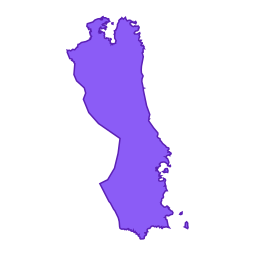 the district of Zambales, Zambales, Philippines, rotated 182°
{"feature_id": "2640588B17055181338626", "entity_name": "Zambales", "entity_type": "district", "adm_level": 2, "iso_a3": "PHL", "parent_name": "Philippines", "parent_adm1": "Zambales", "projection": "mercator", "projection_center": [120.051, 15.306], "detail": "fine", "context": "isolated", "style": "filled", "palette": "violet", "viewbox_px": 256, "rotation_deg": 182, "n_neighbors": 0, "source": "geoboundaries", "source_scale": "gbopen_adm2", "svg_char_len": 5785}
<svg xmlns="http://www.w3.org/2000/svg" viewBox="0 0 256 256"><g transform="rotate(182 128 128)"><path d="M191.2,202.9L191.4,201.6L188.6,195.3L186.5,195.0L186.0,194.2L186.6,193.6L184.2,192.3L184.3,191.4L183.4,190.6L183.9,179.5L181.0,173.3L173.1,166.6L171.5,161.4L173.6,155.2L167.7,142.0L157.6,131.4L135.6,117.3L137.0,102.4L140.1,87.3L146.5,75.6L154.2,71.4L144.5,54.0L143.0,52.4L139.6,46.5L138.0,44.5L134.6,38.0L133.5,34.2L132.9,28.9L132.4,27.4L130.9,26.7L128.4,26.9L127.6,26.3L126.5,26.8L125.8,26.3L124.4,27.5L123.7,27.2L123.7,26.2L121.5,26.2L121.7,25.5L120.8,25.0L119.1,25.0L119.0,25.6L118.3,23.9L117.3,23.8L117.1,24.4L116.6,23.6L116.0,23.6L116.0,22.3L115.1,22.5L114.2,21.3L113.4,21.7L113.8,20.5L112.2,19.3L112.1,17.9L111.5,17.5L108.7,17.8L108.0,18.2L107.8,20.4L106.1,21.6L105.8,22.9L107.1,23.2L107.4,23.9L105.6,24.1L105.5,24.9L104.6,25.1L105.4,26.6L105.2,27.3L104.3,28.2L102.7,28.4L101.3,30.5L99.6,31.0L97.9,30.2L96.8,30.7L95.9,29.9L95.1,30.8L93.8,31.1L92.9,29.5L90.9,30.6L90.8,29.1L90.4,28.8L89.0,30.3L87.9,30.1L86.5,30.6L83.2,29.8L84.5,31.5L85.9,37.6L86.9,37.9L87.2,39.7L88.0,39.9L87.5,40.2L87.5,41.2L86.6,42.0L86.8,42.5L86.2,41.8L85.2,42.1L84.9,41.6L84.1,41.7L82.3,42.9L80.6,43.3L80.1,44.9L81.0,46.4L82.3,46.8L83.6,48.1L84.8,50.0L84.2,48.6L84.5,48.5L85.3,50.2L84.7,50.2L85.9,51.3L86.6,51.3L87.6,50.3L89.1,50.2L92.2,52.9L92.6,53.9L92.2,53.8L92.5,55.2L91.8,56.5L91.9,58.1L91.5,58.9L90.6,59.2L90.1,60.3L90.6,62.1L90.4,63.2L88.4,66.5L86.6,66.7L87.9,69.0L88.1,71.2L89.5,71.2L89.1,71.7L88.4,71.6L89.3,75.1L88.6,77.2L88.9,78.0L89.8,78.2L89.1,78.8L90.4,78.3L91.4,79.7L90.4,78.2L90.7,77.4L91.2,77.7L90.7,77.3L90.9,76.6L94.0,75.9L95.4,76.5L95.4,78.3L94.4,79.1L93.4,79.1L92.9,79.7L94.2,80.4L94.2,80.8L93.5,81.3L94.5,81.2L95.1,82.2L95.4,81.7L95.5,82.3L94.6,82.9L94.3,84.0L94.7,83.7L95.4,84.2L96.0,85.5L97.0,86.3L98.6,86.4L98.3,87.5L97.2,87.2L97.3,87.7L98.6,88.4L98.8,89.2L98.4,89.5L97.9,88.8L97.0,88.9L97.4,89.6L96.5,89.5L96.4,90.0L94.6,90.9L94.4,91.6L95.1,92.2L94.7,93.5L95.0,93.5L93.8,94.8L91.1,95.3L89.7,95.1L87.2,93.3L87.1,91.8L86.4,92.0L86.7,93.1L85.9,94.8L86.3,96.3L87.5,98.9L88.5,99.2L88.7,100.0L89.4,100.4L88.8,100.4L88.5,101.5L86.5,102.5L85.3,101.9L85.2,103.2L84.5,103.2L84.0,103.8L84.4,104.7L85.2,104.9L85.7,105.7L86.9,105.4L86.7,105.8L87.6,106.8L86.3,108.4L86.7,109.5L89.1,110.2L89.7,111.3L92.9,113.8L94.5,116.0L95.3,116.4L95.7,118.5L97.2,119.0L98.1,119.8L98.5,120.9L97.9,122.5L98.0,124.1L102.4,129.0L107.6,135.9L107.6,136.8L107.0,137.6L107.4,137.6L107.4,139.1L106.7,142.2L110.2,150.9L114.0,166.4L114.0,168.2L113.5,168.4L114.2,168.6L115.8,175.0L115.7,177.5L114.7,180.5L116.5,183.5L116.8,186.5L116.7,190.3L115.2,199.8L116.4,203.5L116.1,204.2L115.5,204.3L115.7,207.6L115.1,208.0L114.5,207.9L115.0,208.7L114.7,209.6L115.4,210.0L115.5,211.0L116.9,210.6L117.9,211.2L117.4,212.6L116.7,212.7L116.8,213.6L117.5,213.5L118.7,214.5L117.8,216.1L118.4,216.2L119.5,215.4L120.4,216.0L120.1,218.4L119.4,219.5L120.2,221.1L119.4,223.0L119.7,223.7L122.3,222.1L124.7,222.3L125.2,223.1L123.9,225.1L122.1,225.5L120.9,226.5L121.1,227.7L120.4,228.3L120.4,229.3L121.3,229.7L121.5,230.3L122.0,229.9L122.7,230.2L123.6,229.8L124.4,229.9L124.6,230.4L126.1,229.5L127.3,229.8L128.3,230.9L129.2,231.2L129.7,232.5L129.3,233.5L128.7,233.4L127.5,233.9L126.9,233.6L127.0,234.6L127.9,234.4L129.1,235.6L130.7,235.8L132.5,235.0L133.9,236.8L134.4,238.5L136.5,236.6L138.0,238.0L138.3,237.3L139.1,237.0L139.1,236.4L140.2,236.1L140.9,234.9L140.7,234.1L142.2,231.2L142.1,229.8L142.8,227.0L143.7,225.7L143.7,225.0L145.0,224.7L144.5,222.7L143.7,222.6L144.6,222.3L145.0,221.1L144.6,221.1L144.5,220.5L144.5,217.4L142.9,214.7L143.5,213.3L143.3,212.4L145.1,211.6L145.6,211.8L146.4,211.4L146.5,212.0L146.5,211.3L147.1,211.9L147.6,211.2L147.6,211.6L148.6,212.0L148.8,214.3L150.3,215.0L150.0,216.0L150.5,216.9L152.6,217.3L152.8,216.7L153.6,216.7L154.7,217.3L154.6,218.5L155.1,219.4L154.6,220.4L154.9,222.0L155.3,221.4L155.2,222.3L158.7,224.0L158.9,223.5L158.4,223.4L158.4,222.9L158.6,223.0L159.0,222.9L158.4,222.6L159.2,222.6L158.2,222.5L158.4,222.1L158.7,222.0L158.7,222.3L158.8,222.3L158.8,221.9L158.9,222.3L158.9,221.9L159.0,222.3L158.9,221.9L159.4,221.9L159.7,223.2L160.0,222.8L160.0,223.3L160.6,223.2L160.3,224.4L159.8,224.4L160.2,224.7L159.9,225.9L160.5,226.1L159.8,226.0L160.0,226.4L158.7,227.8L158.0,226.3L155.4,226.9L154.0,225.5L153.5,226.2L154.4,226.9L154.4,227.4L152.9,228.0L153.1,228.7L155.5,229.7L156.9,229.8L157.4,230.4L156.3,231.4L154.5,231.2L154.9,231.7L154.6,232.1L153.5,232.0L153.1,231.5L152.7,232.3L153.9,233.0L153.1,233.4L151.7,233.1L150.0,234.0L151.4,235.4L150.9,236.1L151.3,236.5L152.2,236.3L154.3,237.4L156.8,237.3L156.8,238.4L157.2,238.3L159.2,236.5L157.8,236.4L157.3,235.6L157.7,235.2L158.8,235.2L160.4,236.3L162.0,236.0L164.8,234.8L166.8,232.7L172.3,230.8L172.7,228.2L171.5,227.0L171.0,227.0L171.3,226.4L170.7,225.1L169.6,225.6L168.7,225.5L168.7,223.9L168.3,224.0L168.1,223.2L169.3,223.2L169.1,222.5L169.6,222.2L169.5,221.5L169.0,221.2L169.0,219.8L168.3,219.4L168.2,218.3L167.7,218.2L168.3,216.9L169.1,216.4L168.4,215.9L168.7,215.3L172.9,213.0L177.6,211.8L179.6,210.1L180.9,209.8L181.2,207.1L181.9,207.0L184.0,204.3L186.0,204.7L187.9,203.1L189.6,203.7L190.1,203.3L191.5,203.6L191.2,202.9ZM64.9,29.6L64.5,30.7L65.0,33.1L65.0,35.0L66.1,36.3L67.3,35.2L67.5,31.4L68.1,31.1L64.9,29.6ZM90.4,84.7L88.0,85.3L86.8,85.0L86.5,86.6L87.3,88.8L88.7,88.8L89.7,88.2L90.0,87.7L89.6,86.7L91.7,85.7L90.4,84.7ZM72.2,43.3L71.0,44.0L71.0,45.8L72.6,44.9L73.3,43.6L72.2,43.3ZM123.9,232.5L123.4,233.7L124.1,234.8L126.1,233.5L123.9,232.5ZM85.7,91.1L84.6,90.8L84.2,91.3L84.4,92.2L85.9,91.6L85.7,91.1ZM146.7,231.2L146.7,232.6L147.9,232.3L147.7,231.5L146.7,231.2ZM148.3,215.6L147.9,216.0L148.0,216.4L148.5,216.6L148.3,215.6ZM126.9,233.9L126.1,233.6L126.1,233.9L126.9,233.9Z" fill="#8b5cf6" stroke="#5b21b6" stroke-width="1.5"/></g></svg>